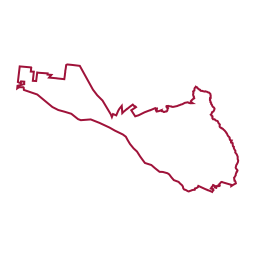 Bolotesti, Vrancea, Romania (Equal Earth projection), rotated 175°
{"feature_id": "2599482B57292828347042", "entity_name": "Bolotesti", "entity_type": "district", "adm_level": 2, "iso_a3": "ROU", "parent_name": "Romania", "parent_adm1": "Vrancea", "projection": "equal_earth", "projection_center": [27.03, 45.838], "detail": "fine", "context": "isolated", "style": "outline", "palette": "rose", "viewbox_px": 256, "rotation_deg": 175, "n_neighbors": 0, "source": "geoboundaries", "source_scale": "gbopen_adm2", "svg_char_len": 5414}
<svg xmlns="http://www.w3.org/2000/svg" viewBox="0 0 256 256"><g transform="rotate(175 128 128)"><path d="M230.5,198.8L233.7,183.4L232.9,182.9L231.9,182.4L230.8,182.0L230.6,183.7L230.5,183.8L230.2,183.7L227.3,183.2L227.6,181.2L227.5,180.8L227.6,180.7L228.0,180.8L229.9,180.3L231.8,180.1L234.4,179.7L234.9,177.1L233.8,177.7L232.5,178.1L231.1,178.0L230.7,177.9L229.4,177.8L228.7,177.7L228.4,177.4L228.4,175.0L215.5,169.3L201.5,155.5L195.9,152.0L189.9,149.8L183.2,147.1L177.0,141.2L174.3,139.9L164.4,139.8L156.0,135.6L146.3,130.0L141.4,126.6L133.7,122.0L130.9,119.5L129.4,116.0L127.4,111.9L124.2,107.2L121.1,103.8L118.4,98.6L116.0,94.6L114.2,91.7L108.0,89.1L104.6,85.6L100.4,81.6L97.2,81.2L92.6,79.5L91.0,78.2L89.0,75.0L86.9,72.1L82.3,69.9L81.0,68.2L79.0,66.1L78.4,64.7L78.2,63.1L77.7,62.2L77.2,61.7L76.1,61.4L74.4,60.2L73.4,59.6L72.9,59.5L72.2,59.8L70.8,60.1L69.7,60.5L68.1,60.7L67.1,60.6L66.8,60.7L66.7,61.3L66.6,61.9L66.4,62.0L65.0,62.2L63.5,63.0L63.3,63.3L63.3,63.7L63.0,64.2L56.5,60.5L54.5,59.4L54.5,59.5L52.5,58.5L50.1,57.2L50.1,57.5L49.9,57.5L49.5,57.4L49.3,57.8L48.9,58.1L48.6,58.2L48.3,58.5L48.4,59.2L48.4,59.5L48.5,59.7L49.2,59.9L49.3,60.1L49.9,60.1L50.2,60.3L50.7,60.4L50.8,60.5L49.9,61.4L49.9,61.7L48.7,62.8L48.5,63.2L48.4,63.5L48.2,63.8L47.7,63.6L46.8,62.8L46.6,62.7L46.3,62.5L46.3,62.3L46.8,61.6L46.7,61.3L46.2,61.0L45.3,60.7L44.9,61.9L44.8,62.4L42.8,62.2L42.6,62.4L42.7,62.7L42.1,62.6L41.8,62.4L41.6,62.7L41.6,62.9L41.7,63.0L42.1,63.4L42.2,63.7L42.1,63.9L41.9,64.0L41.8,64.3L41.5,64.5L40.9,65.0L40.3,65.7L39.8,66.0L39.2,66.1L38.3,65.6L30.1,62.4L30.2,61.1L28.0,62.3L25.4,63.4L25.5,63.9L25.5,64.5L25.7,65.3L26.2,66.4L26.5,66.4L26.5,66.8L26.6,67.1L26.6,68.7L26.7,69.1L26.3,69.5L25.6,70.5L24.8,71.5L24.8,72.0L24.7,72.5L24.3,73.4L24.1,73.9L23.6,74.3L23.6,74.9L23.2,75.2L23.1,75.5L22.7,75.8L22.6,76.3L24.0,78.4L24.2,79.1L23.5,81.2L23.2,81.9L22.7,82.4L21.5,84.4L21.1,85.8L21.1,86.3L21.4,87.2L21.4,87.9L21.4,88.5L21.2,89.7L21.4,90.4L22.0,92.3L23.3,94.3L23.0,95.7L23.1,96.2L23.6,96.9L23.9,97.6L24.3,98.6L24.2,100.1L24.9,100.5L24.9,100.8L25.1,101.1L25.1,102.1L25.2,102.8L25.1,103.1L25.3,103.4L25.2,103.6L25.1,103.8L25.5,104.3L26.6,104.6L26.6,104.8L26.6,105.1L26.6,105.4L26.1,106.0L25.8,106.5L26.7,106.7L27.0,106.8L27.3,107.1L27.3,107.4L27.5,107.6L27.7,108.3L27.7,108.6L27.5,109.0L27.7,109.3L27.7,109.8L27.9,110.1L28.8,111.0L29.4,112.1L29.9,113.7L30.1,114.2L30.5,114.5L30.7,115.2L31.5,116.3L31.7,116.7L32.2,117.3L33.2,118.3L33.4,118.7L33.7,119.0L34.6,119.4L34.6,119.6L34.8,120.0L35.5,120.1L36.1,120.6L36.5,121.2L36.6,121.7L36.5,122.4L36.2,123.3L36.3,123.6L36.8,124.2L37.3,124.8L38.0,126.9L38.3,127.2L39.0,127.5L39.6,127.7L40.2,128.1L40.9,129.1L41.2,129.2L41.8,129.2L42.5,129.3L43.2,130.7L43.1,130.9L42.9,131.2L42.8,131.4L42.8,131.9L42.9,132.5L43.2,132.7L43.7,132.9L43.8,133.1L43.8,133.5L43.9,133.8L44.3,134.1L43.7,134.7L43.4,135.1L43.0,136.2L42.8,136.5L42.3,136.6L41.4,137.1L40.4,138.7L40.3,139.3L40.1,139.7L40.3,140.3L41.0,141.3L41.4,141.5L41.8,142.0L42.0,142.5L42.2,142.8L42.3,143.2L42.3,143.6L42.4,143.8L42.8,144.2L43.1,144.8L42.9,145.4L42.9,145.5L43.6,146.5L43.4,146.9L43.7,147.9L43.9,148.2L43.8,148.4L43.7,149.2L43.9,149.5L43.8,150.1L43.6,150.4L43.6,150.7L43.4,150.7L43.1,150.7L43.1,151.0L42.9,151.4L43.0,152.1L42.8,152.7L42.8,153.1L43.0,153.8L42.9,154.4L43.0,154.8L43.3,155.2L43.8,155.7L44.0,156.1L44.6,156.4L45.0,156.4L46.3,157.3L47.2,157.5L47.5,157.6L47.8,157.8L48.3,157.6L48.8,157.7L49.2,157.9L49.8,158.0L50.7,158.5L50.8,158.5L51.0,158.4L51.5,158.6L52.3,158.7L52.6,159.0L52.8,159.3L52.8,159.7L53.2,160.0L53.7,160.1L53.9,160.4L54.2,160.7L54.5,161.0L54.9,161.2L55.3,161.5L55.4,162.2L55.5,162.4L56.1,162.6L56.4,162.9L56.7,163.0L56.9,163.2L57.3,162.6L57.9,162.2L58.3,161.5L58.5,160.6L58.6,159.5L58.7,159.4L59.7,159.0L59.9,158.8L60.0,158.5L59.9,158.1L59.8,157.8L59.7,157.4L59.9,156.7L60.2,156.0L60.2,154.9L60.1,154.3L59.8,154.0L59.6,153.5L59.6,153.3L59.8,152.9L59.8,152.6L59.7,152.3L59.4,152.0L59.4,151.8L60.5,151.3L61.9,150.3L63.1,149.2L62.2,147.7L61.4,147.1L63.6,147.2L64.2,147.4L64.8,147.5L66.2,148.4L69.3,148.1L71.0,147.3L72.1,146.9L72.6,146.8L73.1,146.8L74.5,146.3L75.6,146.1L77.0,145.6L81.1,145.1L82.3,145.2L82.7,145.6L82.9,145.7L84.1,145.9L85.5,146.3L86.9,145.9L86.9,146.2L86.8,146.5L87.7,146.5L87.8,146.4L87.7,146.2L87.8,145.6L87.6,145.4L87.5,145.2L87.3,145.2L86.8,145.3L86.6,144.9L86.4,144.3L87.0,144.0L87.0,143.0L87.0,142.8L87.2,142.2L87.7,141.5L88.0,141.2L88.3,141.1L88.9,141.2L89.3,141.2L90.1,140.8L90.9,140.9L91.2,140.9L92.3,142.0L92.5,142.1L93.2,141.9L93.6,142.4L93.6,142.5L93.4,142.8L95.2,142.3L96.1,142.1L97.1,142.0L98.1,141.9L98.4,142.6L98.1,142.7L98.4,143.2L97.8,143.4L97.8,144.3L97.4,144.7L97.5,145.0L98.7,144.6L99.2,145.4L104.4,143.7L104.5,143.8L110.1,142.2L115.7,140.0L116.9,139.6L118.1,139.4L119.8,139.0L123.2,145.4L118.2,148.1L118.8,148.9L119.3,149.0L119.6,149.0L120.3,149.8L121.2,150.9L124.0,149.2L127.4,146.9L127.5,147.0L130.0,145.2L130.4,145.0L132.4,143.3L132.3,150.6L134.8,148.0L136.2,146.1L138.6,141.6L138.8,141.7L141.7,143.2L143.1,140.3L143.9,143.0L151.0,157.6L155.8,163.3L159.6,169.3L170.6,194.1L178.1,195.7L183.0,196.6L184.1,196.1L184.9,192.5L185.5,190.4L185.7,188.8L186.0,187.8L186.3,186.1L187.2,182.2L194.4,183.6L194.5,183.7L202.2,185.1L199.7,187.6L203.5,188.2L203.3,189.4L209.6,190.4L212.1,190.8L213.6,191.2L215.4,182.8L218.7,183.3L216.9,192.3L219.9,192.7L219.5,194.6L219.3,196.0L219.1,196.6L219.2,196.8L230.5,198.8Z" fill="none" stroke="#9f1239" stroke-width="2"/></g></svg>